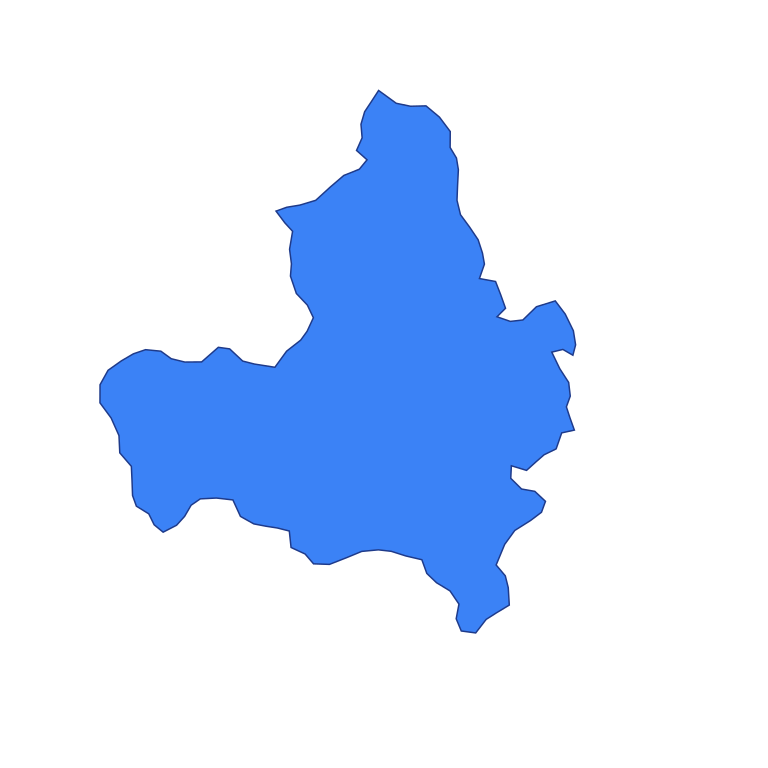 the district of Itamarati de Minas, Minas Gerais, Brazil, rotated 306°
{"feature_id": "56859067B34980418963109", "entity_name": "Itamarati de Minas", "entity_type": "district", "adm_level": 2, "iso_a3": "BRA", "parent_name": "Brazil", "parent_adm1": "Minas Gerais", "projection": "orthographic", "projection_center": [-42.847, -21.427], "detail": "fine", "context": "isolated", "style": "filled", "palette": "blue", "viewbox_px": 768, "rotation_deg": 306, "n_neighbors": 0, "source": "geoboundaries", "source_scale": "gbopen_adm2", "svg_char_len": 1791}
<svg xmlns="http://www.w3.org/2000/svg" viewBox="0 0 768 768"><g transform="rotate(306 384 384)"><path d="M201.8,165.3L196.1,183.2L186.5,199.9L173.0,210.7L168.9,228.0L157.9,236.8L146.0,246.1L139.6,255.5L140.7,270.0L135.0,280.8L134.3,292.4L147.8,299.2L159.7,300.5L172.6,299.2L183.1,302.9L193.2,315.4L201.4,329.9L192.5,345.7L194.3,360.9L199.6,372.2L204.8,382.3L209.4,393.8L197.1,404.9L200.1,420.1L197.1,432.7L206.0,445.9L221.8,456.0L235.5,464.4L246.5,476.9L252.9,488.2L257.7,502.7L264.1,517.9L255.9,530.0L254.1,543.3L255.4,559.0L250.0,574.0L236.5,580.4L229.6,591.7L236.5,604.5L253.6,605.0L264.8,609.4L278.8,615.3L292.3,604.2L300.1,594.9L303.5,581.1L325.2,575.9L342.4,575.9L359.7,582.8L372.8,586.8L384.0,583.6L385.8,569.1L379.9,557.0L382.2,542.0L392.7,535.1L397.9,550.1L409.8,552.6L420.8,555.1L432.7,561.4L448.9,556.5L458.6,565.1L466.1,554.1L472.7,545.0L483.7,541.8L493.8,532.5L499.7,517.2L508.4,501.0L517.1,508.4L518.3,519.9L528.3,516.0L538.4,505.9L547.1,489.5L551.9,473.7L536.1,461.9L517.4,458.7L508.9,449.4L504.8,435.9L516.7,437.8L524.9,425.8L532.5,414.0L525.4,399.2L540.0,394.8L547.8,386.7L556.0,375.4L561.3,360.9L565.9,346.4L575.5,335.1L587.6,327.0L601.1,318.2L609.4,309.8L614.2,298.5L627.2,289.2L632.5,272.0L633.7,254.5L624.3,242.2L618.3,228.9L618.3,207.1L604.8,207.8L592.9,208.3L580.6,212.7L570.3,221.6L556.8,224.5L555.4,238.5L543.3,237.8L529.1,228.9L511.5,224.7L492.5,220.8L479.2,210.7L469.8,201.4L460.4,195.0L456.1,209.0L453.8,220.3L437.5,228.4L426.8,238.5L416.3,244.9L405.7,259.9L402.8,275.6L396.1,287.9L381.5,290.8L370.5,290.8L353.3,285.9L333.4,285.9L324.0,267.5L319.5,256.2L321.7,238.5L316.3,228.4L294.7,223.5L284.7,210.0L279.4,197.0L279.4,184.2L271.6,170.9L261.1,163.5L248.3,157.9L232.9,152.7L216.5,154.7L201.8,165.3Z" fill="#3b82f6" stroke="#1e3a8a" stroke-width="1.5"/></g></svg>